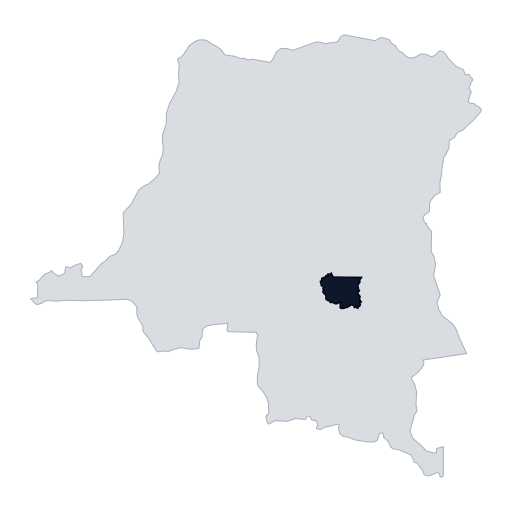 Lubao, Kasaï-Oriental, Democratic Republic of the Congo shown in context
{"feature_id": "63176286B12881144084902", "entity_name": "Lubao", "entity_type": "district", "adm_level": 2, "iso_a3": "COD", "parent_name": "Democratic Republic of the Congo", "parent_adm1": "Kasaï-Oriental", "projection": "albers", "projection_center": [25.343, -5.578], "detail": "fine", "context": "in_parent", "style": "filled", "palette": "ink", "viewbox_px": 512, "rotation_deg": 0, "n_neighbors": 0, "source": "geoboundaries", "source_scale": "gbopen_adm2", "svg_char_len": 8509}
<svg xmlns="http://www.w3.org/2000/svg" viewBox="0 0 512 512"><path d="M466.6,353.5L423.1,360.0L423.9,362.5L423.5,365.1L422.4,367.1L417.9,372.5L411.3,377.4L411.3,378.6L414.6,384.2L416.6,391.8L416.0,405.1L416.9,408.7L416.7,411.5L414.5,414.7L410.0,430.7L412.9,438.4L421.4,445.7L426.4,451.1L434.8,453.1L436.2,452.8L436.8,448.4L443.4,446.7L443.3,475.2L442.8,476.8L441.5,477.2L439.9,476.2L439.4,473.5L437.7,472.3L429.4,475.8L427.3,475.7L425.1,475.1L423.4,473.6L423.0,471.4L417.2,463.1L414.4,462.5L411.2,455.0L398.3,449.5L393.4,449.0L390.8,447.3L388.2,441.4L383.9,437.6L383.0,433.4L382.1,432.8L379.5,433.7L377.2,440.3L374.3,441.9L369.0,442.0L355.7,440.1L346.2,436.6L343.7,436.8L339.9,433.8L338.4,428.6L339.2,424.7L338.5,424.1L324.0,427.4L320.6,429.5L317.3,429.0L316.3,427.9L317.7,425.1L317.0,422.2L315.9,420.8L311.6,419.8L310.3,416.6L307.7,416.1L306.8,416.6L306.1,418.8L304.6,419.5L295.9,418.5L286.9,421.3L274.9,420.6L269.2,424.0L268.3,423.9L267.1,422.2L265.9,416.8L266.5,415.3L268.3,414.2L268.9,412.0L268.3,406.4L268.8,405.1L268.1,401.8L266.3,396.7L263.7,392.5L258.2,386.2L257.2,383.2L257.5,376.2L259.3,364.9L259.0,356.6L256.7,351.2L256.2,345.4L257.6,334.9L256.2,332.3L228.6,331.7L227.4,330.9L226.9,329.4L228.1,323.2L211.3,324.9L206.3,326.2L203.2,328.7L202.2,331.9L202.2,336.5L199.7,340.9L199.0,348.2L194.4,349.1L189.7,349.1L180.8,347.7L172.1,349.9L167.8,351.9L165.6,351.0L157.8,351.8L156.7,351.3L147.6,336.9L143.5,332.1L142.7,329.8L143.0,327.5L141.9,324.5L137.6,317.1L136.8,313.6L136.9,308.2L136.4,306.4L132.6,301.7L130.0,300.2L127.3,299.4L82.2,300.8L67.3,300.2L56.4,301.1L50.9,300.8L49.3,300.2L44.4,301.2L41.8,303.3L37.9,304.4L35.5,304.0L30.7,298.7L37.1,297.6L37.5,297.1L37.7,284.1L36.0,282.3L39.3,280.1L44.7,274.2L50.0,272.1L50.7,270.9L51.9,270.9L53.9,273.3L58.6,276.3L64.3,273.5L64.9,272.7L65.5,267.1L66.9,266.6L69.4,267.8L70.8,267.7L73.3,266.1L80.6,263.2L82.8,266.7L80.8,269.9L81.8,272.2L82.0,275.7L83.2,276.5L89.1,276.8L90.7,275.9L102.0,263.0L105.0,261.4L109.8,256.3L116.1,253.9L118.9,249.9L122.4,242.7L124.0,232.4L123.1,214.7L123.6,212.3L131.2,204.2L139.0,189.6L144.4,185.7L148.4,184.1L154.6,178.7L159.5,173.3L158.8,166.9L159.8,161.6L162.5,154.8L163.3,147.7L162.3,140.2L162.6,134.0L166.2,124.2L166.4,113.0L169.6,103.5L176.1,91.5L179.1,82.6L178.4,73.8L179.2,67.4L178.9,63.6L177.6,60.3L178.2,58.3L180.7,57.4L183.8,54.1L189.4,45.4L195.5,41.2L199.7,39.8L204.2,39.9L207.0,40.6L211.8,44.0L217.2,46.6L221.2,49.9L225.2,55.1L234.7,56.2L238.8,58.0L241.3,58.7L242.2,58.2L244.2,58.5L248.7,60.0L252.2,59.1L269.9,62.4L271.9,60.7L276.7,51.7L280.4,48.7L286.4,48.3L291.1,50.0L293.6,50.0L315.3,42.3L318.1,41.9L325.9,43.7L331.0,42.5L333.1,42.9L337.5,41.5L341.2,36.2L344.1,34.8L375.2,40.7L380.0,37.9L382.3,37.6L389.2,39.6L391.3,43.0L395.4,45.8L398.4,50.5L403.0,53.1L405.3,55.7L408.0,57.4L413.6,58.0L420.8,53.9L425.9,54.3L431.0,56.6L432.7,56.6L436.6,54.1L438.6,51.5L440.6,50.9L443.6,52.1L446.0,54.6L448.2,58.2L455.9,66.3L463.4,69.8L465.2,74.7L467.9,74.3L469.3,74.8L471.2,77.9L472.5,78.6L472.8,79.8L470.9,82.8L469.1,88.4L471.3,91.9L469.4,96.9L468.3,102.1L470.7,103.4L473.9,103.4L476.7,106.1L479.0,106.6L481.3,109.5L480.7,111.9L473.3,120.3L462.1,130.6L458.4,131.8L456.4,133.8L455.0,136.8L451.8,139.3L449.3,140.4L449.0,147.9L445.2,155.7L443.8,157.3L441.7,170.0L442.0,172.2L439.9,182.6L440.2,192.3L434.8,195.3L431.1,200.1L429.5,203.4L429.5,211.3L423.4,216.1L423.0,217.2L424.5,222.8L426.7,223.7L426.7,225.6L431.6,231.6L431.2,250.0L431.4,251.9L433.9,256.2L435.6,264.6L433.6,275.3L440.2,294.8L437.1,301.9L438.5,308.8L442.4,316.0L451.7,323.1L454.2,326.0L456.5,330.0L458.6,336.1L466.6,353.5Z" fill="#d9dde1" stroke="#a8b0b8" stroke-width="1"/><path d="M359.6,295.4L359.2,295.2L358.9,295.0L358.3,294.7L358.2,294.5L358.2,294.2L358.2,293.7L357.7,293.0L357.8,292.8L358.0,292.4L358.0,292.1L358.1,291.7L358.3,291.5L358.5,291.5L358.8,291.5L358.8,291.4L358.9,291.1L359.1,291.0L359.3,290.8L359.4,290.6L359.1,290.5L358.8,290.1L358.8,289.6L358.5,289.3L358.5,289.0L358.4,288.5L358.4,288.1L358.4,287.8L358.1,287.2L358.0,286.8L357.9,286.2L357.8,285.6L357.9,285.4L358.0,285.2L358.3,284.8L358.4,284.7L358.5,284.2L358.6,283.7L358.9,283.3L359.2,283.2L359.3,283.1L359.5,282.8L359.8,282.4L359.9,282.1L359.9,281.8L359.9,281.5L359.8,281.3L359.8,280.7L359.8,280.4L359.9,279.5L360.0,279.3L361.2,278.2L361.5,277.7L361.6,277.3L360.6,277.4L357.6,277.3L347.2,277.3L339.4,277.1L336.8,277.1L333.1,277.0L333.1,276.9L332.9,276.8L332.7,276.6L332.6,276.2L332.4,275.9L332.4,275.6L332.2,275.5L332.0,275.4L332.0,275.2L332.1,274.8L332.0,274.4L331.8,274.2L331.4,273.8L331.3,273.7L331.3,273.4L331.2,273.5L330.8,273.6L330.6,273.6L330.4,273.7L330.3,273.9L330.1,274.0L329.8,274.2L329.5,274.2L329.2,274.2L328.9,274.1L328.7,274.1L328.3,274.0L328.2,274.0L327.9,274.0L327.8,274.3L327.6,274.4L327.6,274.5L327.6,274.8L327.8,275.1L327.9,275.3L328.0,275.6L328.0,275.8L328.1,276.0L328.0,276.3L327.9,276.3L327.8,276.2L327.6,276.1L327.3,275.9L327.1,275.8L326.9,275.8L326.5,275.7L326.3,275.6L326.1,275.6L326.0,275.8L325.8,276.1L325.7,276.3L325.5,276.5L325.4,276.7L325.3,276.8L325.0,277.3L324.9,277.3L324.7,277.3L324.4,277.3L324.2,277.3L323.8,277.4L323.7,277.6L323.4,277.7L323.2,277.8L322.6,278.0L322.3,278.1L322.1,278.2L321.8,278.3L321.7,278.4L321.7,278.5L321.8,278.8L321.9,279.0L321.9,279.3L321.7,279.5L321.7,279.8L321.8,280.0L321.7,280.4L321.6,280.5L321.5,280.8L321.4,280.9L321.4,281.0L321.3,281.3L321.2,281.3L320.9,281.2L320.7,281.2L320.4,281.2L320.3,281.3L320.3,281.5L320.4,281.9L320.5,282.1L320.6,282.4L320.6,282.5L320.7,283.0L320.8,283.2L320.8,283.4L320.9,283.6L321.0,283.8L321.2,284.5L321.2,284.9L321.3,285.1L321.2,285.3L321.2,285.5L321.4,285.6L321.7,285.8L321.9,286.0L322.2,286.1L322.7,286.4L323.0,286.6L323.3,286.7L323.4,286.8L323.4,287.0L323.4,287.3L323.3,287.6L323.2,287.7L323.2,287.8L323.2,288.0L323.3,288.1L323.1,288.4L323.0,288.7L322.9,288.9L322.9,289.1L323.0,289.3L323.3,289.4L323.5,289.6L323.7,289.8L324.0,290.1L324.2,290.3L324.0,290.5L323.9,290.5L323.7,290.8L323.3,291.0L322.8,291.4L322.7,291.5L322.8,291.7L322.9,291.9L323.0,292.1L323.2,292.5L323.4,292.8L323.6,293.0L323.9,293.5L324.3,293.9L324.7,294.0L324.9,294.0L325.0,294.1L325.1,294.3L325.1,294.5L325.4,294.8L325.7,294.9L325.9,295.2L325.9,295.5L326.1,296.0L325.9,296.9L325.8,297.0L325.8,297.3L325.9,297.8L326.0,298.0L325.9,298.4L326.0,299.0L326.1,299.4L326.2,299.5L326.3,299.6L326.5,299.6L326.6,299.8L327.0,299.8L327.4,300.2L327.7,300.4L327.9,300.5L328.2,300.7L328.6,300.7L328.9,300.7L329.4,300.7L329.6,300.8L329.9,301.1L330.0,301.3L330.0,301.6L329.9,301.8L330.0,302.1L330.2,302.4L330.4,302.4L330.6,302.5L330.9,302.5L331.2,302.5L331.4,302.4L331.5,302.2L331.8,302.0L332.1,301.8L332.3,301.8L332.6,301.8L332.6,302.1L332.9,302.6L333.3,302.9L333.5,302.8L333.9,303.0L334.2,303.1L334.4,303.3L334.7,303.5L335.0,303.6L335.4,303.8L335.8,303.9L336.1,303.8L336.9,303.7L337.5,303.5L337.7,303.4L337.8,303.3L337.7,303.2L337.8,303.2L338.1,303.1L338.3,302.8L338.5,302.8L338.5,302.7L338.9,302.7L339.4,302.4L339.7,302.4L340.0,302.3L340.2,302.2L340.2,302.3L340.1,302.8L340.1,303.4L340.2,304.1L340.2,304.8L340.2,305.5L340.3,305.7L340.3,305.8L340.5,305.9L340.5,306.0L340.6,306.5L340.5,306.8L340.4,306.9L340.2,307.0L340.0,307.5L340.5,308.0L340.8,308.1L341.5,308.5L341.8,308.6L342.1,308.5L342.9,308.1L343.2,308.0L343.3,308.1L343.4,308.3L343.6,308.4L344.3,308.2L344.5,308.1L344.9,307.8L345.3,307.7L345.5,307.6L345.8,307.6L346.0,307.5L346.7,307.5L346.8,307.4L347.5,307.3L347.7,307.2L347.8,307.1L347.9,306.7L348.0,306.6L348.3,306.6L348.3,306.4L348.7,306.4L348.8,306.3L349.0,306.1L349.4,306.0L349.6,305.9L350.0,305.8L350.3,305.7L350.5,305.6L350.6,305.3L350.8,305.2L350.9,304.9L350.6,304.7L351.1,304.5L351.2,304.4L351.5,304.5L351.9,304.7L352.1,304.8L352.3,304.9L352.5,305.0L353.2,305.4L353.5,305.7L353.8,305.9L353.9,306.0L354.1,306.2L354.0,306.5L354.0,306.9L354.1,307.0L354.3,307.3L354.6,307.5L354.8,306.9L354.8,306.6L354.9,306.2L355.1,306.1L355.4,305.9L355.6,305.8L355.7,306.0L355.9,307.1L356.1,307.3L356.3,307.3L356.5,307.3L356.8,307.7L356.9,308.0L357.2,308.0L357.4,308.0L357.7,307.9L357.9,307.8L358.0,308.0L358.4,307.1L358.6,306.7L359.1,306.5L359.7,306.1L360.0,305.6L360.2,305.0L360.4,304.7L359.9,303.9L359.7,303.6L359.6,303.3L359.7,303.0L359.8,302.8L360.1,302.7L360.4,302.6L360.8,302.6L361.2,301.8L360.5,301.9L360.2,301.8L360.0,301.6L359.6,301.4L359.5,301.0L359.6,300.9L360.0,300.7L360.3,300.5L360.1,299.9L359.9,299.6L359.6,299.6L359.4,299.4L359.3,298.6L359.4,298.0L359.6,297.6L360.1,297.4L360.1,297.2L360.1,296.9L360.0,296.6L359.9,296.5L359.7,296.2L359.6,295.8L359.6,295.5L359.6,295.4Z" fill="#0f172a" stroke="#020617" stroke-width="1.5"/></svg>